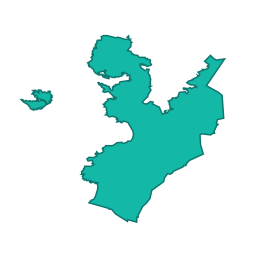 Sola nor, Rogaland, Norway (Natural Earth projection), rotated 354°
{"feature_id": "86288312B13640802673877", "entity_name": "Sola nor", "entity_type": "district", "adm_level": 2, "iso_a3": "NOR", "parent_name": "Norway", "parent_adm1": "Rogaland", "projection": "natural_earth1", "projection_center": [5.581, 58.887], "detail": "fine", "context": "isolated", "style": "filled", "palette": "teal", "viewbox_px": 256, "rotation_deg": 354, "n_neighbors": 0, "source": "geoboundaries", "source_scale": "gbopen_adm2", "svg_char_len": 5711}
<svg xmlns="http://www.w3.org/2000/svg" viewBox="0 0 256 256"><g transform="rotate(354 128 128)"><path d="M224.2,128.3L225.0,105.4L221.5,101.9L210.4,94.1L231.3,69.4L223.0,69.7L220.7,68.1L217.6,64.4L211.2,69.7L215.0,73.4L213.3,75.1L214.6,75.4L214.5,76.6L211.4,77.9L208.5,77.6L209.1,78.2L203.5,79.8L205.0,81.9L204.6,83.0L203.3,83.2L203.8,83.8L202.8,83.0L203.2,84.0L197.2,86.4L197.5,86.8L193.1,87.7L191.2,89.1L194.5,91.6L196.9,91.8L200.3,93.6L200.5,94.8L198.7,94.2L195.2,95.6L194.2,94.4L191.4,95.0L187.5,94.0L187.1,94.7L187.7,95.6L189.1,95.4L191.1,96.9L191.8,98.7L191.4,99.2L189.9,100.0L188.9,98.0L183.4,97.9L182.5,98.4L180.8,102.5L178.8,102.8L178.8,103.4L175.4,102.7L174.6,103.7L174.8,104.3L170.8,105.5L171.9,107.2L171.5,108.5L172.4,111.8L171.8,112.3L172.0,113.0L175.5,113.8L170.7,114.5L168.6,117.3L167.3,116.9L167.3,115.6L166.7,115.2L167.3,114.8L166.1,114.9L165.8,117.4L163.6,117.9L161.3,110.6L154.7,106.6L155.7,104.9L153.0,104.0L149.7,106.0L146.7,105.7L144.9,103.7L150.5,99.0L151.2,99.2L150.5,98.9L150.9,99.0L151.2,97.5L154.8,92.6L153.6,89.6L154.9,89.0L153.6,88.8L154.7,88.0L155.1,85.7L154.4,84.9L155.1,84.4L155.7,81.6L155.0,80.4L155.4,78.7L153.8,75.5L155.1,71.8L152.9,71.4L152.8,72.1L150.9,72.7L147.8,70.0L146.5,67.7L146.6,66.4L148.8,66.8L147.9,65.8L149.8,66.1L149.7,66.8L150.7,66.7L151.2,67.5L152.2,67.2L153.0,68.7L157.0,68.1L157.9,67.5L156.8,65.1L157.4,63.2L156.8,62.2L154.2,61.6L154.3,60.9L152.8,60.9L152.4,59.6L146.1,58.8L145.3,56.8L142.1,56.1L140.0,54.8L140.3,54.5L139.5,54.0L139.0,52.2L135.7,51.1L136.6,50.6L136.4,49.7L139.4,47.2L139.9,43.6L140.7,43.4L139.6,42.3L139.7,41.3L139.0,40.6L139.5,40.1L138.3,40.3L138.2,36.5L136.7,37.6L137.7,38.0L137.9,39.5L135.1,39.8L127.5,36.7L125.2,37.0L117.1,34.0L113.3,33.5L110.9,34.5L111.4,35.4L110.4,38.0L106.9,37.5L106.1,38.5L105.8,40.8L104.7,41.0L104.2,42.2L104.6,43.1L103.8,43.7L104.9,44.1L105.1,45.5L102.2,45.0L101.8,46.9L100.6,47.9L100.4,50.0L101.3,50.4L101.1,51.8L100.1,51.5L100.4,52.7L98.7,53.9L99.6,54.9L99.0,57.0L94.7,59.0L95.7,60.0L95.2,61.1L96.1,61.6L95.5,62.2L95.7,62.9L97.0,63.2L99.9,66.2L100.2,68.2L101.9,70.4L104.7,72.3L108.3,72.3L109.0,73.2L108.1,73.7L108.3,74.4L111.6,76.1L114.0,76.9L114.5,76.4L113.7,74.7L109.7,73.4L108.1,71.9L105.8,71.8L104.1,69.7L109.2,68.9L110.2,69.8L110.8,68.1L112.0,68.4L111.9,69.5L110.3,71.3L111.9,73.1L117.9,76.1L120.7,76.4L121.5,75.6L123.3,76.3L127.5,75.4L127.8,73.5L127.2,72.7L128.1,73.7L127.9,72.4L129.7,72.2L130.0,73.5L128.6,73.8L132.2,73.4L133.6,75.3L131.8,76.0L135.4,75.7L134.6,79.2L135.9,79.7L135.6,81.1L134.5,81.3L134.8,81.0L134.7,79.6L134.6,80.9L124.9,81.3L123.3,83.7L120.0,83.5L119.9,84.8L118.1,84.7L117.9,85.8L116.9,85.6L116.6,88.9L115.1,89.0L114.4,86.7L113.7,86.7L113.6,85.0L113.1,84.7L113.6,84.5L112.2,84.6L110.0,82.9L109.3,83.2L106.8,80.9L105.6,81.3L103.6,79.7L102.9,79.9L103.7,81.8L106.2,83.3L105.6,83.6L106.0,84.6L108.9,86.9L107.4,87.9L106.9,89.3L108.7,90.1L112.3,89.5L117.0,95.1L116.4,95.9L117.3,95.2L118.4,95.9L116.9,96.0L119.5,96.8L117.7,98.3L116.7,97.4L116.3,98.1L114.9,97.8L115.1,96.8L110.6,97.3L111.1,98.1L110.5,98.9L108.8,99.6L107.7,100.7L107.8,101.3L105.9,101.8L107.0,103.0L106.5,104.7L108.2,104.8L108.8,106.0L108.2,107.6L109.0,109.3L108.1,110.6L108.8,110.7L108.9,111.9L107.2,112.6L108.6,112.9L110.5,115.0L113.7,114.7L116.8,115.9L117.8,117.2L117.5,117.3L117.2,117.6L117.5,117.4L117.9,117.3L117.5,117.9L118.5,118.1L117.8,118.5L118.3,119.3L117.6,119.8L118.3,119.7L117.5,120.8L121.2,120.6L121.3,121.5L122.0,121.7L121.3,121.6L122.1,122.1L124.8,120.7L128.5,122.5L132.6,131.6L132.8,135.3L131.3,139.1L129.3,141.4L126.6,141.0L125.0,142.3L121.7,142.8L120.5,142.4L120.5,141.6L115.6,141.5L111.4,143.8L109.4,143.9L104.0,143.2L103.1,144.4L100.7,145.2L100.4,145.8L101.1,146.3L100.6,146.9L101.5,148.5L100.1,149.7L97.1,150.6L95.3,149.8L95.5,150.6L94.6,150.8L93.9,150.0L95.3,149.6L94.4,148.4L93.8,149.7L92.8,150.0L92.8,150.8L94.2,152.5L93.6,152.9L90.5,153.8L86.3,153.1L83.9,154.4L84.8,156.6L89.1,156.5L89.6,158.3L88.5,159.6L90.5,160.6L87.4,162.3L81.0,161.5L80.9,162.7L79.6,163.7L80.0,164.4L77.4,166.4L77.3,167.8L78.3,168.4L76.9,169.2L79.6,169.6L77.5,171.2L78.4,173.1L77.7,173.7L79.3,174.4L79.1,175.2L81.2,174.7L81.3,176.0L83.9,176.1L84.6,177.5L84.3,177.9L85.0,178.4L85.3,177.6L84.4,176.9L85.2,176.4L86.6,177.6L85.5,178.2L86.0,178.5L88.1,178.1L91.8,179.1L90.1,179.8L91.7,180.2L91.9,183.1L91.3,186.0L88.4,192.8L86.5,195.3L83.6,196.1L81.4,198.3L99.5,205.5L101.2,206.9L103.0,207.0L106.8,212.3L117.7,220.8L118.2,219.1L126.8,222.5L127.5,217.5L128.7,217.8L129.0,215.9L134.4,207.5L138.4,204.6L142.5,200.4L145.2,192.4L157.9,185.1L158.9,181.6L162.8,177.4L164.9,178.4L166.9,177.7L168.9,175.7L178.6,172.4L179.6,171.0L180.7,171.5L181.9,171.0L182.8,169.1L185.8,166.6L200.1,161.8L198.4,152.2L198.9,142.4L200.7,141.5L209.5,143.5L212.3,142.0L213.3,142.4L213.6,142.0L213.0,140.8L216.4,135.0L217.9,133.8L216.3,133.0L217.9,128.9L224.2,128.3ZM40.2,80.8L37.6,80.8L39.0,81.8L38.2,82.1L38.7,82.8L37.2,82.9L36.1,84.1L37.7,84.5L38.7,87.1L39.8,85.9L40.8,86.8L41.3,88.4L40.1,88.5L41.0,89.7L40.0,90.8L41.5,90.9L41.9,89.9L41.5,89.8L42.1,89.5L48.3,91.9L48.3,92.7L44.7,91.5L41.1,92.1L36.3,91.1L35.5,91.8L33.2,90.5L32.1,91.3L29.3,89.9L27.6,90.6L26.0,88.6L24.7,88.6L26.8,91.2L31.2,94.4L31.4,95.6L32.5,96.2L33.0,98.6L36.1,100.3L36.8,100.1L35.9,99.4L36.3,99.3L38.4,100.1L39.0,99.5L39.5,100.1L41.0,99.5L41.0,98.6L41.5,98.6L42.6,100.0L44.5,99.8L44.9,99.1L44.3,98.2L45.7,98.6L48.5,96.8L49.2,94.8L48.1,93.0L49.2,93.5L49.9,96.0L53.3,94.8L53.9,94.0L52.5,93.2L55.1,92.4L54.0,90.8L55.5,89.8L55.2,89.3L55.7,89.1L54.9,88.3L55.8,87.9L53.5,84.7L54.6,83.8L53.9,83.1L52.5,83.2L52.9,83.9L51.1,84.7L48.6,83.3L46.5,83.9L45.4,81.3L43.0,80.8L42.5,81.1L43.3,82.5L42.9,84.0L42.3,83.5L42.3,82.5L40.8,82.1L40.2,80.8Z" fill="#14b8a6" stroke="#0f766e" stroke-width="1.5"/></g></svg>